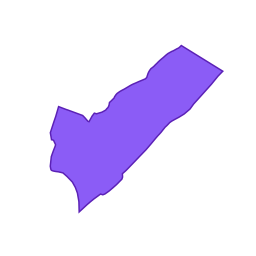 the district of Kharab Al Marashi, Al Jawf, Yemen, rotated 108°
{"feature_id": "15242507B69209447674236", "entity_name": "Kharab Al Marashi", "entity_type": "district", "adm_level": 2, "iso_a3": "YEM", "parent_name": "Yemen", "parent_adm1": "Al Jawf", "projection": "albers", "projection_center": [44.255, 16.604], "detail": "fine", "context": "isolated", "style": "filled", "palette": "violet", "viewbox_px": 256, "rotation_deg": 108, "n_neighbors": 0, "source": "geoboundaries", "source_scale": "gbopen_adm2", "svg_char_len": 1796}
<svg xmlns="http://www.w3.org/2000/svg" viewBox="0 0 256 256"><g transform="rotate(108 128 128)"><path d="M222.9,148.5L213.8,143.4L210.0,141.1L206.4,138.8L200.7,134.7L199.3,133.7L199.3,131.3L197.8,129.5L193.8,126.5L188.2,123.1L185.5,121.5L178.5,118.0L176.3,118.0L173.2,119.2L169.8,117.2L168.7,116.6L167.3,115.9L163.8,114.2L159.3,112.0L151.8,108.4L143.2,104.2L136.5,101.4L130.7,99.1L127.0,97.6L122.0,95.3L115.8,93.0L113.7,91.8L109.9,90.0L107.8,88.4L105.2,86.0L102.0,82.9L97.3,78.9L90.8,74.9L84.9,73.0L75.5,68.8L60.6,62.2L50.8,58.4L44.7,55.4L33.1,102.8L34.1,103.3L35.2,103.9L36.3,104.6L37.5,105.9L38.9,107.2L40.3,108.5L40.6,108.8L41.6,110.0L43.2,111.5L44.7,112.9L46.6,114.2L48.3,115.2L50.2,116.3L51.9,117.4L53.9,118.6L55.7,119.6L57.4,120.4L59.4,121.5L61.1,122.3L62.9,123.4L64.4,124.5L66.5,125.2L68.3,125.6L70.1,125.8L72.3,125.8L74.1,125.8L75.8,126.6L77.2,128.2L78.5,129.7L79.7,131.1L80.9,132.5L82.2,133.9L83.6,135.5L84.8,136.9L86.1,138.2L87.4,139.4L88.9,140.7L90.5,142.1L92.2,143.6L93.8,145.2L95.3,146.6L96.8,147.8L98.6,149.1L100.2,149.8L100.4,149.8L102.3,150.4L103.8,150.5L108.4,152.9L109.4,153.5L112.1,153.1L113.9,153.2L115.0,153.5L116.1,154.1L117.9,154.8L120.7,157.4L121.0,157.7L124.2,162.3L124.3,164.6L127.7,165.8L134.0,167.0L134.0,168.2L131.4,172.5L131.2,172.9L130.1,175.0L129.5,190.7L129.5,192.5L129.1,200.6L139.3,200.3L145.4,200.4L145.5,200.4L156.5,200.4L162.4,197.3L162.8,197.1L162.6,196.2L162.8,194.9L164.9,193.0L165.6,192.3L166.2,191.8L167.7,191.6L168.6,191.7L170.6,191.8L172.1,191.9L174.9,192.0L178.9,192.1L188.4,190.1L189.1,189.7L190.1,189.2L191.4,188.4L191.9,187.7L192.0,186.2L191.9,184.9L191.7,183.3L191.5,182.2L191.4,181.7L191.2,180.8L190.8,176.0L193.0,170.9L196.6,164.2L200.8,159.7L205.5,156.0L213.3,151.9L222.9,148.5Z" fill="#8b5cf6" stroke="#5b21b6" stroke-width="1.5"/></g></svg>